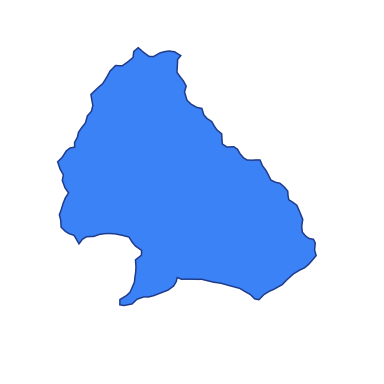 the district of Queiroz, São Paulo, Brazil, rotated 17°
{"feature_id": "56859067B20589699354509", "entity_name": "Queiroz", "entity_type": "district", "adm_level": 2, "iso_a3": "BRA", "parent_name": "Brazil", "parent_adm1": "São Paulo", "projection": "albers", "projection_center": [-50.245, -21.799], "detail": "fine", "context": "isolated", "style": "filled", "palette": "blue", "viewbox_px": 384, "rotation_deg": 17, "n_neighbors": 0, "source": "geoboundaries", "source_scale": "gbopen_adm2", "svg_char_len": 1992}
<svg xmlns="http://www.w3.org/2000/svg" viewBox="0 0 384 384"><g transform="rotate(17 192 192)"><path d="M54.7,202.4L58.9,208.3L64.0,213.3L64.6,218.9L69.3,225.1L74.2,229.0L72.6,234.7L72.1,240.3L72.1,247.9L71.8,252.5L74.7,257.3L77.1,263.9L82.2,266.6L86.2,267.7L92.0,268.0L99.1,274.6L101.0,269.3L104.3,265.6L111.0,263.2L115.9,259.6L120.6,257.4L125.3,255.8L130.7,254.5L138.0,253.8L144.9,253.5L149.6,257.6L153.7,260.2L160.9,262.6L162.1,267.3L157.8,273.4L160.3,280.0L161.6,285.1L162.3,290.0L163.3,295.1L162.1,305.8L159.6,310.2L154.5,315.9L156.0,321.0L160.0,320.5L167.4,316.6L170.7,310.7L176.4,306.5L181.5,304.9L186.0,302.1L190.8,298.3L197.6,293.0L201.9,287.3L203.1,282.3L202.9,278.1L207.4,278.5L212.1,277.0L217.3,275.4L222.2,274.1L226.8,272.6L233.2,272.3L239.2,271.9L246.3,270.8L254.3,270.6L260.6,270.4L265.9,270.2L271.8,271.7L277.8,273.0L283.3,275.9L287.5,275.4L290.8,269.0L295.1,264.2L298.2,261.6L305.3,254.3L308.6,247.9L312.9,240.7L318.0,235.0L321.7,231.7L324.7,227.1L327.2,221.5L329.3,216.5L326.2,211.7L324.8,204.8L321.9,201.7L317.4,202.2L313.7,201.0L309.3,198.2L307.0,192.9L305.9,185.8L301.7,180.6L296.2,174.1L291.5,172.4L286.8,171.1L284.9,167.4L283.3,163.2L279.2,160.5L273.5,157.9L269.2,158.3L263.9,157.5L260.0,153.3L256.6,149.9L251.8,146.4L247.7,141.5L243.9,142.6L239.6,144.2L235.2,145.3L231.2,144.2L226.9,141.5L223.0,137.8L218.7,136.5L212.2,138.8L207.0,137.2L205.3,132.9L203.4,127.7L197.6,125.3L194.2,122.6L190.3,118.9L184.8,117.3L180.7,114.7L177.0,109.2L171.7,109.7L165.5,108.3L160.4,105.7L155.6,98.5L155.5,92.5L151.3,88.3L147.1,85.4L142.6,81.9L141.0,75.3L139.5,69.4L141.4,64.9L134.3,63.0L128.8,63.9L125.1,65.6L121.0,68.1L115.5,73.8L111.3,74.9L103.8,72.2L98.4,69.7L95.2,74.6L96.3,80.6L92.3,86.7L88.3,91.8L81.9,93.4L78.3,100.2L76.8,107.5L75.0,114.3L71.9,119.3L69.9,122.8L66.8,128.3L71.9,138.3L72.2,144.2L69.7,149.7L69.9,157.1L67.6,162.9L66.0,168.0L66.4,173.1L65.2,179.0L66.7,183.4L62.5,185.6L59.8,189.4L57.7,196.9L54.7,202.4Z" fill="#3b82f6" stroke="#1e3a8a" stroke-width="1.5"/></g></svg>